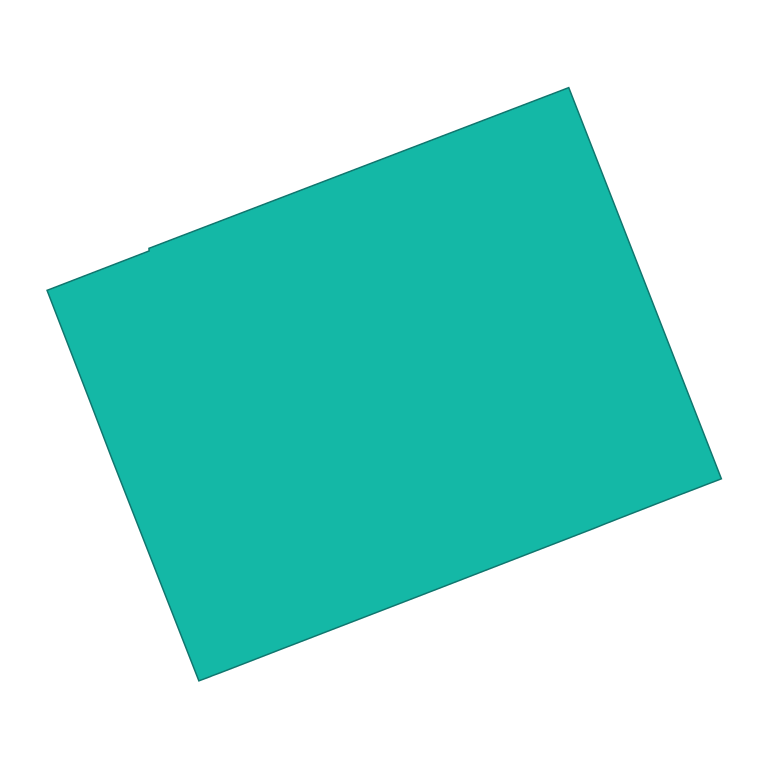 Niobrara, Wyoming, United States of America, rotated 69°
{"feature_id": "52423323B65345552187242", "entity_name": "Niobrara", "entity_type": "district", "adm_level": 2, "iso_a3": "USA", "parent_name": "United States of America", "parent_adm1": "Wyoming", "projection": "natural_earth1", "projection_center": [-104.247, 43.056], "detail": "fine", "context": "isolated", "style": "filled", "palette": "teal", "viewbox_px": 768, "rotation_deg": 69, "n_neighbors": 0, "source": "geoboundaries", "source_scale": "gbopen_adm2", "svg_char_len": 446}
<svg xmlns="http://www.w3.org/2000/svg" viewBox="0 0 768 768"><g transform="rotate(69 384 384)"><path d="M593.4,103.0L173.5,105.3L173.1,554.8L175.6,555.6L175.8,665.0L294.0,664.7L355.8,664.8L594.8,663.2L594.9,651.2L594.8,649.2L594.9,639.1L594.7,576.3L594.7,573.4L594.5,418.7L594.0,237.1L593.9,232.5L593.8,227.9L593.7,214.4L593.5,173.5L593.4,149.7L593.4,119.0L593.4,103.2L593.4,103.0Z" fill="#14b8a6" stroke="#0f766e" stroke-width="1.5"/></g></svg>